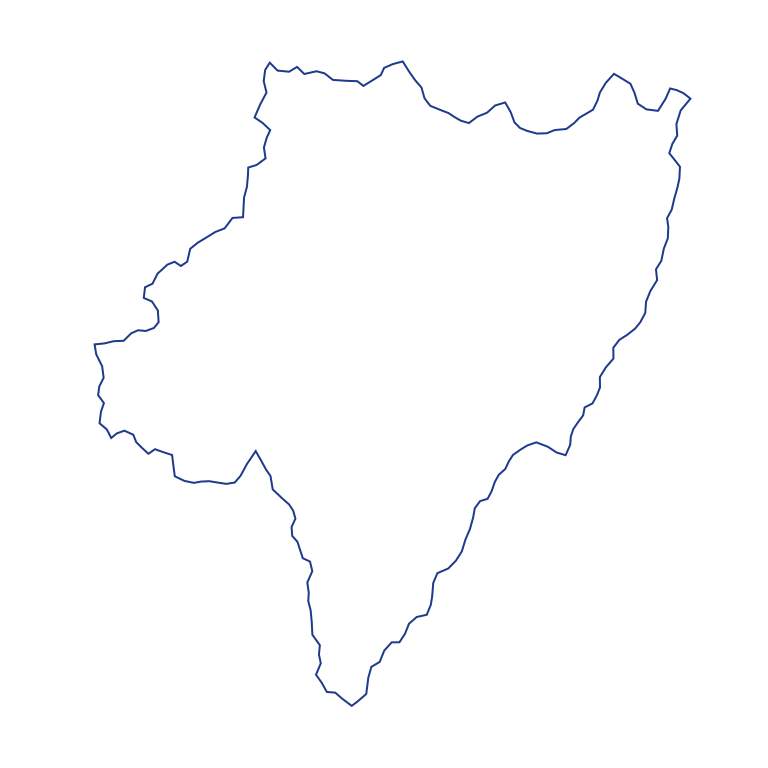 the district of Ervália, Minas Gerais, Brazil, rotated 3°
{"feature_id": "56859067B63219191436637", "entity_name": "Ervália", "entity_type": "district", "adm_level": 2, "iso_a3": "BRA", "parent_name": "Brazil", "parent_adm1": "Minas Gerais", "projection": "natural_earth1", "projection_center": [-42.604, -20.87], "detail": "fine", "context": "isolated", "style": "outline", "palette": "blue", "viewbox_px": 768, "rotation_deg": 3, "n_neighbors": 0, "source": "geoboundaries", "source_scale": "gbopen_adm2", "svg_char_len": 2950}
<svg xmlns="http://www.w3.org/2000/svg" viewBox="0 0 768 768"><g transform="rotate(3 384 384)"><path d="M280.6,71.9L272.9,77.1L261.3,76.6L253.1,69.1L248.9,76.6L248.0,87.7L251.4,99.1L245.6,111.6L240.8,124.6L248.9,129.5L257.1,136.4L254.0,144.2L251.7,154.1L253.9,164.9L245.2,172.0L237.1,174.9L237.2,183.2L236.8,194.2L234.5,205.0L234.5,216.6L234.5,224.8L224.0,226.1L216.7,236.9L207.6,241.0L198.8,247.1L190.7,252.6L183.4,259.1L181.1,272.1L175.0,276.8L168.5,272.9L161.5,276.1L152.1,285.6L147.6,295.9L140.3,299.9L139.6,310.6L148.0,313.8L154.3,322.4L155.7,334.1L151.3,340.1L143.3,343.5L135.6,343.2L128.9,346.6L121.7,354.5L111.8,355.4L102.7,358.1L92.9,359.6L95.1,369.5L101.6,381.0L103.7,392.5L99.8,401.3L99.1,410.1L105.3,417.7L102.8,426.5L102.0,438.1L109.6,443.9L114.4,452.2L119.8,447.3L127.2,444.2L136.3,447.8L139.6,455.0L145.5,460.3L152.4,466.0L158.7,461.1L167.8,463.8L176.1,466.0L177.9,476.3L179.9,487.1L189.7,491.2L199.3,492.7L206.5,491.0L214.5,490.2L223.6,491.2L231.7,492.0L240.1,490.2L245.5,483.3L251.3,471.1L259.4,457.7L265.3,466.9L270.8,475.8L275.5,481.9L278.4,495.1L287.9,503.2L295.6,509.3L300.0,515.4L302.6,523.1L299.2,531.7L300.3,540.5L305.8,546.1L308.8,553.9L312.0,562.2L319.4,565.2L322.2,574.7L317.8,586.2L319.8,596.5L319.7,604.6L322.6,613.9L324.3,625.5L325.6,638.2L333.6,648.2L333.2,657.6L335.5,666.2L331.3,677.9L337.6,685.8L343.0,694.5L351.5,694.8L358.8,700.5L368.6,707.1L374.0,702.6L382.5,694.5L383.7,678.1L386.2,667.1L394.2,661.8L398.2,650.2L405.2,641.6L412.9,641.1L418.0,632.4L421.5,622.1L428.8,615.0L438.8,612.2L442.3,602.0L443.2,593.9L443.6,580.1L447.2,570.1L457.8,564.9L465.1,556.6L470.5,547.0L473.5,535.0L477.5,524.1L480.0,512.7L481.2,503.2L486.1,495.9L493.5,493.2L497.2,485.1L499.8,476.0L503.4,468.6L509.6,462.5L512.6,455.0L516.5,448.1L523.6,442.5L530.4,437.8L539.2,434.3L550.9,438.1L560.0,443.4L569.1,445.6L573.1,435.1L573.3,426.8L575.4,419.1L579.4,412.6L584.5,404.9L585.6,396.9L593.2,392.5L597.3,383.9L599.9,376.1L599.2,365.8L604.6,355.9L611.8,346.6L611.1,335.8L616.7,327.6L624.4,322.1L631.9,315.5L636.7,308.9L641.2,299.4L641.4,288.1L645.1,277.3L651.3,266.0L649.6,255.2L654.5,246.5L656.4,234.0L659.8,223.6L659.7,212.3L658.0,203.6L662.2,194.8L664.2,183.5L666.7,172.7L668.2,163.6L668.2,151.6L663.4,146.0L656.8,138.6L659.4,129.1L663.8,120.7L662.4,109.0L666.0,95.2L675.1,83.0L667.8,77.9L661.0,75.2L654.3,73.9L650.3,84.4L643.3,96.9L631.7,96.0L622.8,90.8L618.9,80.1L614.4,71.3L605.8,66.6L597.4,62.2L589.7,71.7L584.3,81.7L582.4,89.6L578.4,99.1L571.0,104.0L565.2,107.8L560.3,113.4L552.7,119.8L541.1,121.5L533.4,125.1L523.6,125.9L513.6,123.7L506.4,121.2L500.6,115.9L496.4,106.1L490.3,96.5L480.3,100.1L472.7,107.7L463.3,112.1L455.1,119.0L446.9,117.0L440.6,113.8L434.1,110.0L425.7,107.3L415.7,103.8L409.5,96.5L405.9,86.0L399.3,79.1L392.8,70.8L385.8,60.9L376.0,64.1L367.6,68.3L364.6,75.7L355.9,81.8L347.8,87.4L341.5,83.0L330.3,83.2L317.1,83.0L308.4,76.9L300.3,75.2L288.2,78.6L280.6,71.9Z" fill="none" stroke="#1e3a8a" stroke-width="2"/></g></svg>